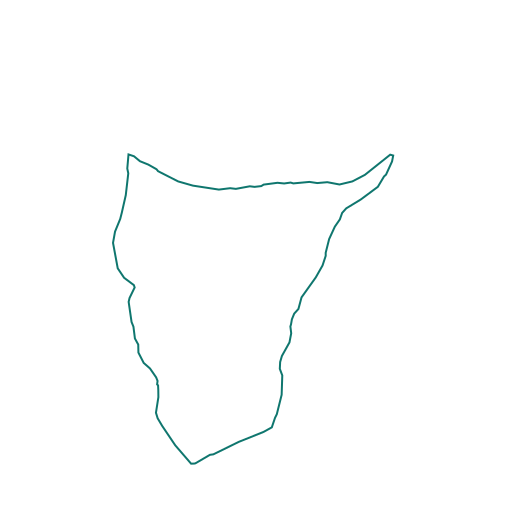 Alotenango, Sacatepéquez, Guatemala (Robinson projection), rotated 238°
{"feature_id": "79465075B60145282500225", "entity_name": "Alotenango", "entity_type": "district", "adm_level": 2, "iso_a3": "GTM", "parent_name": "Guatemala", "parent_adm1": "Sacatepéquez", "projection": "robinson", "projection_center": [-90.818, 14.441], "detail": "fine", "context": "isolated", "style": "outline", "palette": "teal", "viewbox_px": 512, "rotation_deg": 238, "n_neighbors": 0, "source": "geoboundaries", "source_scale": "gbopen_adm2", "svg_char_len": 1297}
<svg xmlns="http://www.w3.org/2000/svg" viewBox="0 0 512 512"><g transform="rotate(238 256 256)"><path d="M112.3,94.7L111.8,111.6L110.4,114.7L107.5,142.9L102.8,169.3L102.3,178.6L108.7,186.4L110.8,189.8L124.7,204.2L140.8,215.0L147.7,216.4L153.3,220.3L157.5,225.0L165.0,238.6L171.8,244.9L178.0,247.8L179.4,249.4L183.3,252.9L186.9,257.9L188.6,263.9L196.8,272.7L206.2,295.4L212.7,307.4L219.2,315.2L221.8,316.8L231.6,327.0L239.1,338.4L242.6,346.5L246.9,351.9L248.6,357.8L248.4,374.8L250.1,396.0L255.6,406.7L256.1,409.4L264.1,421.5L268.5,425.6L270.8,423.5L267.1,391.3L268.2,377.2L272.4,364.7L280.8,355.6L285.4,346.6L290.5,340.6L297.8,326.1L299.9,324.3L302.6,318.3L306.7,313.0L312.5,300.3L312.5,297.5L315.4,291.4L318.4,287.7L323.6,274.5L327.2,270.0L332.0,259.7L349.1,239.8L360.5,229.5L379.8,217.9L382.3,217.6L390.6,213.1L397.9,207.8L405.2,205.4L409.7,201.7L398.4,193.2L393.8,191.5L376.6,177.8L363.8,165.1L359.4,160.5L351.4,149.4L342.9,141.7L318.8,132.2L307.4,132.6L296.0,137.0L293.6,136.4L287.4,126.5L284.6,123.7L266.0,115.5L261.0,114.6L250.2,109.6L243.3,109.2L236.4,105.1L224.8,104.1L216.8,106.5L206.0,107.0L202.2,106.3L199.5,104.1L198.2,104.4L194.1,102.1L188.0,98.4L176.1,88.1L170.5,86.6L161.6,86.4L138.2,87.2L114.3,90.9L112.8,93.4L112.3,94.7Z" fill="none" stroke="#0f766e" stroke-width="2"/></g></svg>